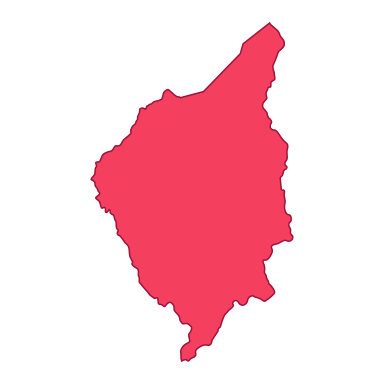 San Francisco, Lempira, Honduras (Robinson projection)
{"feature_id": "27666195B39491664088355", "entity_name": "San Francisco", "entity_type": "district", "adm_level": 2, "iso_a3": "HND", "parent_name": "Honduras", "parent_adm1": "Lempira", "projection": "robinson", "projection_center": [-88.368, 14.131], "detail": "fine", "context": "isolated", "style": "filled", "palette": "rose", "viewbox_px": 384, "rotation_deg": 0, "n_neighbors": 0, "source": "geoboundaries", "source_scale": "gbopen_adm2", "svg_char_len": 6042}
<svg xmlns="http://www.w3.org/2000/svg" viewBox="0 0 384 384"><path d="M190.5,358.8L191.8,358.0L194.1,357.0L195.3,355.9L195.7,355.3L195.8,354.5L195.5,352.2L195.7,350.7L196.4,349.5L198.2,347.9L200.8,346.3L203.2,345.2L205.5,344.9L208.1,345.3L208.9,345.3L209.9,344.9L210.8,344.1L211.5,342.6L212.0,340.6L212.5,339.4L218.0,331.1L218.1,330.7L218.0,329.6L218.3,328.8L218.8,328.2L219.8,327.4L220.3,326.8L222.1,321.0L223.7,316.9L224.4,315.4L225.0,314.6L228.7,310.4L232.0,307.6L233.1,306.3L233.3,305.7L233.3,305.1L232.8,304.0L232.7,303.2L233.2,302.0L233.9,301.2L234.5,300.8L235.3,300.6L236.1,300.6L236.9,300.8L237.9,301.5L239.1,303.4L240.2,304.5L241.7,305.1L243.3,305.1L244.9,304.5L246.2,303.4L247.2,301.8L247.8,299.4L248.5,298.1L249.5,297.0L251.0,296.1L252.1,295.9L253.2,295.9L255.0,297.0L257.5,297.7L260.1,298.7L261.8,299.6L263.5,301.0L264.6,301.2L265.5,300.9L268.2,298.9L271.0,296.7L273.8,294.0L274.3,293.2L274.6,292.5L274.5,291.6L274.3,290.9L273.3,288.9L271.9,286.8L271.0,285.7L269.3,284.2L268.9,283.6L268.3,281.2L266.7,278.4L266.0,275.4L264.6,273.0L264.4,271.7L264.7,268.9L264.5,266.7L264.1,264.9L263.1,262.5L263.0,261.7L263.1,260.9L263.4,260.3L264.0,260.0L265.9,260.1L267.3,259.6L269.0,257.9L270.5,255.8L271.7,253.4L272.2,251.7L272.3,250.7L272.2,249.7L271.5,247.7L271.4,247.1L271.6,246.2L272.2,245.4L273.8,244.6L276.3,244.0L278.2,243.4L282.9,240.9L284.3,240.4L285.9,240.4L287.5,241.0L288.4,241.2L290.0,241.0L291.0,240.5L291.8,239.8L292.4,239.0L292.7,238.1L292.8,237.0L292.6,236.0L292.1,235.3L291.0,234.3L290.6,233.3L290.4,232.4L290.6,230.4L290.5,229.3L290.1,228.2L289.1,226.6L288.7,225.1L288.7,224.2L289.0,223.3L289.4,222.7L290.5,221.7L291.1,220.5L291.2,219.0L291.0,217.2L290.7,216.1L290.0,215.3L289.3,214.9L287.8,214.6L286.8,213.9L285.7,212.2L284.9,210.2L284.6,208.5L284.5,206.7L284.6,205.2L285.0,202.7L285.1,200.8L284.1,195.0L284.2,194.0L284.5,192.4L284.5,191.2L284.3,190.6L283.8,190.2L283.3,190.0L282.1,190.2L281.6,189.9L281.3,189.4L280.2,178.4L280.2,177.9L280.5,177.4L281.7,176.2L282.5,175.1L282.9,173.9L283.5,171.7L283.9,170.6L284.6,169.8L286.2,168.9L286.6,168.3L286.9,167.7L286.9,167.1L286.7,166.6L286.4,166.2L285.3,165.2L285.0,164.5L284.9,163.8L285.0,162.9L285.3,162.0L286.7,159.9L287.1,158.5L287.2,157.3L286.9,151.8L287.2,149.6L287.8,146.9L287.7,145.3L287.4,144.4L286.9,143.6L284.3,141.3L282.6,139.4L280.9,137.1L278.3,133.3L276.7,131.2L275.9,130.6L275.0,130.1L273.0,129.9L272.1,129.6L271.3,129.0L270.6,128.3L270.2,127.1L270.2,125.7L270.6,124.0L271.2,123.3L271.5,122.5L271.6,121.9L271.4,121.4L271.0,120.4L270.4,119.5L269.8,118.8L268.7,118.0L268.3,117.4L267.4,115.2L267.1,113.3L266.9,112.7L265.7,111.0L263.5,108.5L262.9,107.4L262.6,106.3L262.7,104.6L263.1,102.9L266.2,99.3L266.8,98.3L266.8,97.5L266.0,94.2L266.0,93.1L266.4,91.7L267.4,90.0L267.8,88.3L268.2,87.7L269.1,87.1L269.6,87.0L270.3,87.1L270.6,86.9L270.9,85.8L270.8,83.6L271.1,82.2L271.6,81.6L274.4,79.8L274.7,79.3L274.8,77.8L274.1,72.2L273.2,69.4L272.8,66.9L273.0,65.6L276.5,57.1L277.6,53.8L278.5,51.8L278.8,51.3L282.9,47.6L283.9,46.0L284.3,44.3L284.2,42.4L283.6,40.4L280.0,35.6L279.4,33.5L278.1,31.3L277.3,30.4L270.9,24.8L270.0,23.8L269.6,23.0L243.1,43.8L240.3,53.7L203.5,91.6L180.5,97.7L179.6,97.0L177.9,96.9L176.5,96.4L174.3,94.8L169.0,90.1L168.1,89.7L167.2,89.7L165.5,90.7L164.1,92.0L163.6,93.0L162.2,98.1L161.8,99.0L161.4,99.4L159.2,100.4L154.0,101.7L151.2,104.0L149.9,104.3L149.1,104.7L148.1,105.9L147.8,106.0L147.2,105.9L146.8,106.3L145.6,109.3L144.0,108.4L142.5,108.1L141.5,108.1L140.1,108.8L139.8,109.2L139.7,109.8L139.5,111.9L139.3,113.0L137.7,116.5L137.5,117.6L137.7,118.7L137.5,119.4L137.1,120.1L136.1,121.5L135.6,123.3L135.3,123.9L133.1,125.7L132.3,126.7L131.7,127.8L130.8,130.0L130.9,133.0L130.7,133.7L127.5,136.6L123.7,139.7L122.7,141.2L120.9,144.2L120.1,145.2L119.4,145.6L118.7,145.8L117.6,145.9L116.1,145.8L115.2,146.0L114.9,146.3L112.8,149.6L111.8,150.7L110.8,151.2L109.2,151.5L106.9,152.3L105.0,153.1L104.0,153.8L102.9,154.7L102.4,155.4L100.2,160.6L99.8,161.3L98.8,161.9L96.8,162.0L95.9,162.5L95.7,163.0L96.4,165.3L96.5,166.2L95.3,168.5L94.9,173.8L94.4,174.9L91.7,178.1L91.2,179.2L91.2,179.5L91.5,179.8L93.6,180.9L94.6,181.9L95.2,184.6L95.1,185.2L95.2,185.7L96.1,187.1L97.1,188.4L98.4,191.5L99.2,192.2L99.6,193.0L99.6,193.7L99.2,194.4L98.2,195.5L96.0,197.2L95.8,197.8L95.9,198.3L96.3,198.8L98.6,200.6L99.2,201.3L100.0,203.1L100.9,206.4L101.5,207.8L102.0,208.1L102.4,208.2L103.4,207.6L104.3,207.4L104.7,207.5L105.1,207.9L105.5,209.1L105.4,211.6L105.7,212.2L106.4,212.4L107.3,212.0L108.5,210.6L109.0,209.9L109.4,209.7L109.7,210.0L110.1,210.7L110.3,211.5L110.2,212.5L110.6,213.3L111.2,213.8L113.5,215.2L113.9,215.9L114.9,219.7L115.7,221.0L116.0,221.8L116.2,223.2L116.2,225.8L116.5,227.7L117.2,229.1L118.0,230.0L118.2,230.5L118.2,231.1L117.6,232.0L117.3,232.9L117.3,233.5L117.5,234.1L117.9,234.7L118.4,235.2L120.0,235.9L120.6,236.5L123.1,239.8L124.8,242.4L127.4,244.9L128.2,246.1L128.7,247.3L129.1,248.8L129.6,254.8L129.8,256.2L130.4,257.5L131.4,259.5L131.8,260.6L132.5,261.3L132.6,261.7L132.5,262.7L132.0,263.4L132.1,264.4L133.3,266.0L137.5,268.8L137.8,269.2L138.2,270.1L138.5,271.7L138.3,275.0L139.4,278.4L139.2,279.7L139.2,281.2L139.3,282.0L139.6,282.7L140.9,284.1L143.1,286.9L147.3,291.6L150.0,295.1L154.3,298.3L155.3,298.2L156.7,297.8L157.1,297.8L157.5,298.1L157.7,298.5L157.9,299.2L158.3,303.1L158.6,303.7L159.1,304.1L159.8,304.4L160.8,304.4L161.6,304.7L162.6,305.2L163.6,306.2L164.6,306.5L164.9,306.4L167.4,303.5L168.9,302.5L169.6,302.4L170.4,302.5L171.1,302.7L171.9,303.3L173.1,304.6L173.9,305.8L174.1,307.6L174.1,309.5L174.3,310.3L175.7,312.3L178.0,314.7L178.9,315.8L179.6,317.9L180.1,320.5L181.4,322.4L182.4,323.5L183.0,323.8L186.1,323.5L186.9,323.5L187.5,323.6L190.4,325.7L191.3,326.8L191.5,327.4L191.6,328.2L191.3,330.1L190.1,332.4L189.0,333.8L188.8,334.7L188.8,336.0L189.7,340.5L189.6,341.6L189.1,342.2L185.2,344.4L183.2,346.1L182.1,347.7L181.3,349.2L180.9,350.6L180.8,351.9L181.0,354.6L181.0,358.0L181.6,361.0L183.7,360.0L185.4,359.7L186.5,359.9L187.8,360.8L188.4,360.9L189.0,360.5L190.5,358.8Z" fill="#f43f5e" stroke="#9f1239" stroke-width="1.5"/></svg>